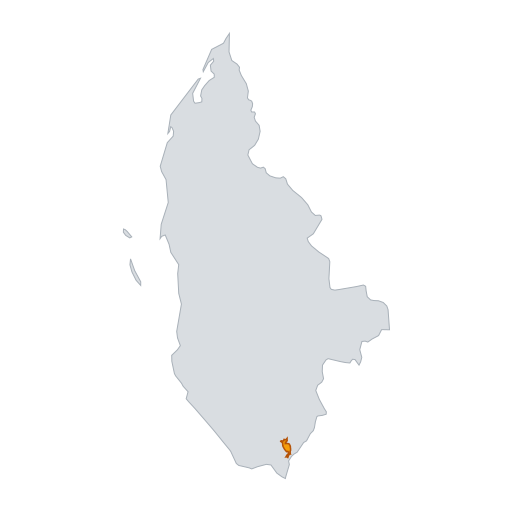 location of San Marcos, Ocotepeque, Honduras, rotated 269°
{"feature_id": "27666195B1401458590490", "entity_name": "San Marcos", "entity_type": "district", "adm_level": 2, "iso_a3": "HND", "parent_name": "Honduras", "parent_adm1": "Ocotepeque", "projection": "orthographic", "projection_center": [-88.963, 14.406], "detail": "fine", "context": "in_parent", "style": "filled", "palette": "amber", "viewbox_px": 512, "rotation_deg": 269, "n_neighbors": 0, "source": "geoboundaries", "source_scale": "gbopen_adm2", "svg_char_len": 4293}
<svg xmlns="http://www.w3.org/2000/svg" viewBox="0 0 512 512"><g transform="rotate(269 256 256)"><path d="M479.0,233.3L460.5,232.6L451.9,235.2L448.2,240.4L445.0,242.8L442.2,242.4L436.7,244.5L428.5,249.3L421.0,251.2L414.2,250.2L412.3,251.4L411.8,252.9L410.9,254.4L408.3,255.3L405.3,254.9L401.9,253.4L400.1,254.1L400.0,257.1L398.2,257.9L394.7,256.6L390.9,257.8L386.6,261.4L380.6,262.3L372.8,260.4L366.7,256.6L362.3,250.9L357.1,249.6L348.3,254.0L344.6,259.1L343.8,262.1L344.7,264.9L343.1,266.7L339.0,267.7L335.9,271.2L333.8,277.1L333.4,281.6L334.8,284.7L332.7,287.1L327.3,288.7L320.9,293.9L313.6,302.6L306.3,308.7L299.0,312.2L295.5,316.0L295.8,320.2L295.3,321.5L293.9,322.0L291.5,322.6L277.2,313.7L273.0,307.5L269.5,308.5L265.1,311.7L258.9,318.9L252.2,328.6L249.0,329.7L232.1,328.5L223.2,329.4L221.3,330.7L220.5,334.3L221.1,339.0L223.7,356.0L225.1,362.9L223.8,365.1L219.2,365.5L213.3,366.5L210.1,369.8L209.4,373.1L209.1,377.7L207.3,382.4L203.7,385.9L200.0,387.1L179.9,388.2L180.2,380.3L174.3,377.2L171.0,370.7L168.0,366.3L169.0,363.6L168.7,360.4L160.5,358.1L152.8,360.0L148.4,358.8L145.1,357.1L150.7,353.2L151.1,350.8L149.3,349.2L147.4,348.0L147.9,343.6L149.0,338.4L152.1,326.3L150.9,324.2L145.8,320.6L139.3,320.2L132.1,321.4L128.7,319.5L125.7,315.4L120.5,313.4L111.5,316.8L101.9,321.8L99.0,323.6L96.6,323.4L95.5,319.6L95.0,315.2L94.4,314.1L89.3,312.5L83.3,311.4L80.3,310.2L77.4,307.2L70.3,303.3L68.7,300.4L59.1,293.7L57.2,290.4L55.0,288.0L50.5,285.0L46.9,285.7L34.8,281.9L33.0,281.5L34.7,278.2L38.5,273.1L46.8,267.3L47.5,262.7L45.3,253.8L43.2,248.0L44.3,245.5L46.9,235.1L48.9,232.7L60.9,227.4L62.0,226.7L71.4,219.3L81.8,211.2L92.7,202.2L104.8,192.1L111.4,186.2L114.5,183.7L121.5,185.7L127.0,180.9L130.1,179.3L137.5,173.6L139.8,172.4L152.2,170.0L158.2,170.0L163.5,175.7L167.7,178.8L175.5,176.1L182.0,175.4L209.2,180.6L220.0,178.1L239.8,177.4L248.7,178.6L261.1,170.9L269.2,169.3L278.6,165.6L277.3,162.0L275.0,160.4L289.4,161.8L311.0,169.2L333.9,167.4L342.1,163.1L347.4,161.8L370.9,169.3L377.3,175.3L382.1,175.8L385.8,174.3L386.8,173.0L382.1,171.8L380.0,170.0L398.5,173.3L433.9,201.3L434.7,203.6L419.7,195.5L411.8,196.3L409.8,197.7L410.4,202.3L411.1,204.5L414.5,204.7L417.0,203.4L423.1,204.7L427.3,207.7L432.3,212.3L435.4,217.4L438.6,217.4L441.7,214.3L447.6,213.7L451.5,217.1L454.2,216.8L450.3,211.6L441.2,206.5L443.3,206.2L463.4,215.3L469.3,227.2L474.0,229.8L479.0,233.3ZM243.6,134.4L232.2,140.3L228.6,140.2L233.8,135.7L242.2,131.7L249.4,129.8L255.3,130.5L243.6,134.4ZM282.7,127.7L277.3,132.1L276.3,130.1L278.9,126.1L282.1,123.8L285.3,124.0L284.6,125.7L282.7,127.7Z" fill="#d9dde1" stroke="#a8b0b8" stroke-width="1"/><path d="M73.2,283.9L71.7,282.6L72.1,281.3L72.1,280.8L71.9,280.8L71.8,280.7L71.7,280.7L71.2,280.7L70.9,280.6L70.8,280.4L70.8,280.2L70.7,280.2L70.7,279.9L70.6,279.7L70.6,279.4L70.5,279.2L70.8,278.2L70.7,277.9L70.4,277.8L70.4,277.7L70.3,277.4L70.2,277.4L68.9,279.3L68.7,279.3L68.7,279.2L68.4,279.2L68.3,279.3L68.2,279.3L66.4,279.4L66.4,279.5L66.2,279.6L65.9,279.7L65.7,279.6L65.4,279.6L65.2,279.6L62.2,281.2L59.8,283.1L59.9,283.7L60.0,283.8L60.1,284.0L59.9,284.3L59.9,284.5L59.7,284.5L59.5,284.9L59.4,284.9L59.4,285.0L59.2,285.1L58.9,285.1L58.7,285.1L58.4,285.0L58.1,285.0L57.9,284.9L57.7,284.8L57.5,284.6L57.2,284.3L56.9,284.0L56.6,283.6L56.3,283.4L56.0,283.2L54.8,282.5L54.9,282.8L54.9,283.0L54.7,283.2L54.7,283.3L54.5,283.5L54.4,283.5L54.2,283.7L54.1,283.8L54.0,284.0L53.9,284.2L53.9,284.3L54.0,284.3L54.3,284.3L55.0,284.7L55.3,284.8L55.5,284.8L55.8,284.9L56.0,284.8L56.0,284.7L56.3,284.8L56.5,285.0L56.6,285.3L56.6,285.5L56.8,285.6L56.9,285.8L57.0,285.9L57.2,286.0L57.3,286.1L57.4,286.3L57.4,286.5L57.5,286.4L57.5,286.5L57.8,286.7L57.8,286.8L58.0,286.8L58.3,286.9L58.5,286.8L58.6,286.7L59.4,286.8L59.5,286.8L59.5,286.7L59.9,286.7L60.0,286.7L60.3,286.7L60.4,286.8L60.5,286.9L60.6,287.0L60.9,287.1L61.2,287.2L61.4,287.2L61.6,287.2L62.9,287.2L64.1,287.0L64.3,287.1L64.5,287.1L65.0,287.0L65.2,286.9L65.3,286.8L65.5,286.9L66.0,286.7L66.3,286.5L66.4,286.4L66.5,286.3L66.8,286.3L66.9,286.2L67.0,286.2L67.3,286.1L67.8,285.2L67.9,284.3L68.0,283.8L68.0,283.4L68.0,282.8L67.9,282.0L68.0,282.0L68.3,282.1L68.5,282.2L68.8,282.2L69.1,282.3L69.2,282.2L69.4,282.3L69.5,282.6L69.6,283.1L70.6,283.8L71.0,284.0L71.7,283.9L73.2,283.9Z" fill="#f59e0b" stroke="#b45309" stroke-width="1.5"/></g></svg>